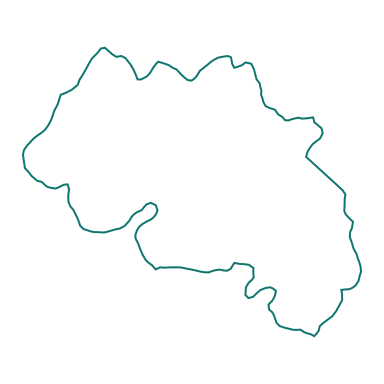 Jardinópolis, São Paulo, Brazil (Natural Earth projection)
{"feature_id": "56859067B66949220623796", "entity_name": "Jardinópolis", "entity_type": "district", "adm_level": 2, "iso_a3": "BRA", "parent_name": "Brazil", "parent_adm1": "São Paulo", "projection": "natural_earth1", "projection_center": [-47.828, -21.002], "detail": "fine", "context": "isolated", "style": "outline", "palette": "teal", "viewbox_px": 384, "rotation_deg": 0, "n_neighbors": 0, "source": "geoboundaries", "source_scale": "gbopen_adm2", "svg_char_len": 3001}
<svg xmlns="http://www.w3.org/2000/svg" viewBox="0 0 384 384"><path d="M251.3,63.8L245.6,62.4L241.9,65.2L238.2,66.6L234.3,67.8L232.2,63.8L231.0,57.3L227.9,56.0L222.8,56.7L218.0,57.7L214.0,59.8L211.1,61.7L207.6,64.7L203.4,68.0L199.9,70.8L196.9,75.8L194.1,78.9L191.3,80.7L187.3,79.9L183.3,76.5L180.0,73.2L176.6,69.5L173.1,68.0L168.9,65.2L165.6,64.0L162.5,63.0L158.3,61.7L155.9,64.1L153.1,67.8L150.3,72.7L146.8,76.5L140.9,79.5L137.5,79.4L136.0,75.2L133.5,69.7L130.6,64.6L125.4,58.0L121.2,56.0L116.4,56.9L112.3,54.3L104.9,47.8L100.9,48.5L97.1,53.3L92.0,58.5L88.9,63.6L86.5,68.2L83.9,72.7L81.9,76.2L79.8,79.2L77.7,84.9L71.9,89.7L66.1,92.7L60.7,94.8L57.7,104.3L54.1,111.2L52.4,116.6L50.8,120.7L48.0,125.8L45.1,129.7L41.3,132.9L37.2,135.7L33.7,138.4L26.9,145.8L24.0,150.0L23.0,154.4L23.5,158.6L24.3,164.0L24.9,168.1L27.7,171.0L31.5,175.9L34.3,178.3L37.6,181.0L41.7,181.8L44.7,184.7L47.2,186.8L51.9,188.1L55.9,188.5L60.1,186.6L63.9,184.7L67.6,184.4L69.1,189.3L68.6,192.7L68.2,196.5L68.5,201.8L70.2,206.2L73.3,209.8L76.7,216.5L78.4,220.5L80.2,225.8L83.5,229.0L86.9,230.1L90.9,231.5L94.6,232.1L97.6,232.1L102.3,232.5L105.4,232.3L110.6,230.8L115.4,229.4L119.9,228.5L124.6,226.0L129.5,220.6L131.4,217.2L133.5,214.7L137.1,212.1L141.7,210.2L143.8,207.4L146.3,204.6L150.7,202.8L155.7,205.1L157.5,210.2L155.9,214.5L153.5,217.4L151.0,219.4L147.0,221.4L142.3,224.1L138.9,227.2L137.1,230.0L135.4,234.9L135.6,238.6L137.9,242.9L140.1,248.8L142.7,254.9L145.7,260.0L149.0,263.1L151.8,265.0L155.6,269.4L160.1,267.3L164.4,267.7L168.7,267.4L174.9,267.3L180.8,267.4L186.0,268.5L190.6,269.4L195.0,270.3L200.8,271.7L205.5,272.3L208.6,272.4L211.6,271.3L214.8,270.3L219.3,269.6L224.1,270.5L227.4,270.7L230.8,268.6L234.3,262.9L239.5,263.9L244.5,264.2L248.9,264.8L253.4,268.0L253.3,273.1L253.7,277.4L251.8,280.0L248.7,282.7L245.9,287.5L245.4,294.9L248.5,298.1L253.1,296.8L257.2,292.8L260.5,290.0L265.3,288.1L269.8,287.3L272.8,288.3L276.0,291.1L274.6,296.6L272.2,300.8L268.5,304.5L269.1,309.6L272.0,312.0L273.8,314.9L275.3,319.3L276.6,322.9L279.6,326.0L283.6,327.4L286.6,328.2L289.6,328.9L292.5,329.7L296.2,329.9L300.5,329.7L304.2,332.2L307.9,333.5L310.9,334.3L314.3,336.2L316.7,333.5L318.6,330.9L319.8,326.1L323.1,323.1L327.5,319.8L332.1,316.4L336.0,311.4L339.2,305.6L342.1,300.2L342.1,294.7L341.4,289.9L345.6,289.4L349.5,289.2L352.6,287.7L355.6,285.4L358.5,281.0L359.6,276.3L361.0,271.8L360.6,266.8L359.4,262.5L357.8,258.3L356.5,253.9L353.6,248.7L351.8,242.6L349.8,237.0L350.1,232.1L351.9,228.1L353.0,221.8L349.3,218.2L345.8,214.5L344.3,211.1L344.6,204.8L344.7,199.1L345.4,194.4L342.4,190.0L306.1,156.9L307.6,151.7L310.6,146.8L312.6,144.2L316.1,141.4L320.1,138.4L322.7,133.2L321.6,128.4L317.9,125.2L314.4,122.3L313.1,117.4L309.8,117.9L306.2,118.4L302.0,118.6L298.3,117.7L292.5,119.0L288.2,120.5L285.0,120.1L282.5,117.1L278.0,114.2L275.0,109.7L269.5,108.0L265.5,106.0L263.2,101.6L262.4,98.0L261.0,94.6L261.5,91.2L260.4,87.2L259.7,83.4L256.6,79.4L255.4,75.0L254.1,69.5L251.3,63.8Z" fill="none" stroke="#0f766e" stroke-width="2"/></svg>